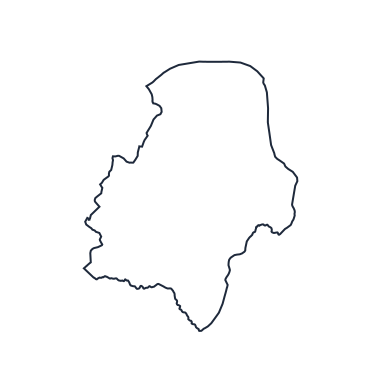 outline of Wusab As Safil, Dhamar, Yemen, rotated 226°
{"feature_id": "15242507B36986908452393", "entity_name": "Wusab As Safil", "entity_type": "district", "adm_level": 2, "iso_a3": "YEM", "parent_name": "Yemen", "parent_adm1": "Dhamar", "projection": "albers", "projection_center": [43.602, 14.25], "detail": "fine", "context": "isolated", "style": "outline", "palette": "slate", "viewbox_px": 384, "rotation_deg": 226, "n_neighbors": 0, "source": "geoboundaries", "source_scale": "gbopen_adm2", "svg_char_len": 5884}
<svg xmlns="http://www.w3.org/2000/svg" viewBox="0 0 384 384"><g transform="rotate(226 192 192)"><path d="M299.8,232.7L296.0,232.4L290.3,230.9L287.8,229.4L285.4,227.4L285.0,226.7L284.3,226.4L283.8,226.0L283.2,226.0L282.7,225.7L280.9,227.0L279.4,227.6L276.5,228.5L273.6,228.1L270.7,225.8L270.4,224.8L269.9,223.3L271.3,219.9L270.9,214.7L268.1,208.3L266.8,203.3L266.0,200.3L264.6,199.6L263.3,199.2L262.3,194.0L261.6,192.2L259.3,187.6L261.4,185.8L261.3,185.7L259.1,182.1L258.1,180.5L255.7,178.0L254.6,173.8L253.9,170.2L254.6,169.4L255.8,168.3L256.5,167.4L259.3,166.0L263.6,166.2L268.6,164.7L269.5,163.9L270.8,161.6L272.6,159.9L271.6,158.3L269.8,157.3L268.5,155.5L267.1,153.9L266.7,153.4L264.0,149.2L264.0,146.6L263.5,145.9L263.2,145.3L262.3,144.4L261.8,144.0L261.4,143.5L261.3,142.4L261.6,140.5L262.1,136.9L261.2,133.5L261.3,131.2L258.2,130.5L257.3,130.4L255.0,126.9L254.1,125.8L254.6,121.0L254.8,118.3L254.1,116.9L253.2,115.9L252.5,115.6L251.9,115.5L245.7,115.2L245.7,103.2L243.8,100.2L243.6,99.4L243.3,99.0L243.7,98.5L244.4,99.2L246.1,98.7L244.8,94.5L242.7,93.6L242.1,93.3L238.1,93.9L235.9,94.4L234.0,94.2L233.2,94.7L231.8,95.3L230.2,95.2L226.9,96.9L223.0,95.7L221.9,92.7L221.0,92.1L220.3,92.0L219.2,91.6L216.6,91.0L216.3,90.2L216.8,88.7L217.7,86.0L219.7,82.6L220.2,80.9L220.1,78.5L218.7,76.4L211.7,70.3L211.9,68.5L212.2,61.2L198.6,61.8L198.4,62.0L198.1,62.2L197.7,62.2L196.8,62.3L196.2,62.3L195.8,62.5L195.5,62.7L195.3,62.9L195.3,63.4L195.3,63.9L195.1,64.6L194.9,64.9L194.9,65.3L194.7,66.0L194.1,66.5L193.6,66.8L193.3,67.1L193.2,67.5L193.1,68.0L193.0,68.4L192.5,68.6L192.2,69.2L192.2,69.7L192.1,70.2L192.0,70.8L191.8,71.0L191.5,71.2L191.1,71.3L190.7,71.4L190.5,71.7L190.1,71.9L189.4,72.0L188.7,72.3L187.8,72.5L187.3,72.6L186.8,72.8L186.6,73.0L186.4,73.4L186.3,73.7L185.7,74.3L185.3,74.5L184.8,74.8L183.8,75.6L183.4,76.3L183.1,76.8L182.5,77.5L182.1,77.7L181.6,77.7L180.2,77.7L179.5,77.9L179.3,77.9L178.7,78.2L178.1,78.8L177.8,78.9L177.5,79.1L177.3,79.4L177.0,80.0L176.7,80.4L176.2,80.5L175.8,80.7L175.4,80.9L175.2,81.1L175.2,81.3L175.2,81.7L175.3,82.1L175.5,82.6L175.6,82.9L175.6,83.1L175.5,83.3L175.2,83.4L174.8,83.4L174.4,83.4L174.1,83.4L173.8,83.5L173.5,83.7L173.3,83.9L173.1,84.2L172.9,84.4L172.6,84.5L172.0,84.3L171.3,84.2L170.7,84.1L170.0,83.8L169.4,83.5L168.8,83.3L168.4,83.1L167.9,83.1L167.5,83.0L167.3,83.0L167.0,83.2L166.7,83.4L166.1,83.6L165.6,83.9L164.7,84.6L164.3,85.0L163.9,85.3L163.6,85.4L162.4,85.2L161.7,85.1L161.2,85.1L160.7,85.1L160.2,85.5L159.9,86.0L159.5,86.6L159.4,87.0L159.4,87.4L159.5,87.9L159.7,88.4L159.8,88.7L160.0,89.1L160.1,89.5L160.1,89.8L159.9,90.1L159.5,90.4L159.0,90.5L158.4,90.5L157.8,90.5L157.4,90.5L156.5,90.1L156.0,90.2L155.7,90.4L155.5,90.8L155.3,91.7L154.9,92.6L154.4,93.0L154.1,93.4L153.9,93.9L153.9,94.4L153.9,95.1L153.9,95.7L153.8,96.0L153.5,96.2L152.9,96.3L152.0,96.5L151.5,96.8L151.0,97.6L150.9,97.9L150.7,98.2L150.4,98.7L150.2,99.2L150.2,99.9L150.0,101.2L149.8,103.1L149.5,103.6L149.4,103.8L149.0,104.1L143.5,106.0L142.8,106.1L141.1,106.7L139.6,107.4L138.8,108.2L138.0,109.2L137.2,109.8L136.5,109.9L135.5,109.8L134.1,109.7L132.9,109.3L131.7,109.1L130.7,108.6L129.6,107.6L128.6,106.9L127.5,106.1L126.7,105.7L124.5,105.8L123.9,105.5L123.4,105.0L122.9,104.2L122.5,103.6L121.6,103.2L120.7,103.2L120.0,103.7L119.5,103.9L119.0,104.1L118.2,104.2L117.6,103.6L117.2,102.6L116.9,102.0L116.5,101.8L115.9,101.9L115.2,102.3L114.1,102.3L113.2,101.9L112.1,101.9L111.2,102.4L110.5,103.1L109.9,103.4L108.6,103.4L107.5,103.0L106.1,102.6L105.1,102.6L104.2,102.2L103.6,101.6L103.1,101.0L101.4,101.1L100.5,101.4L100.1,101.8L99.2,101.8L98.3,101.3L98.0,100.6L97.5,100.4L96.4,100.8L95.5,101.5L95.0,101.9L94.4,102.0L93.4,101.7L92.7,101.3L92.0,101.0L91.0,101.0L89.8,101.2L89.2,101.5L88.6,101.5L88.1,101.1L87.3,100.7L86.6,101.1L86.1,101.8L85.6,102.4L85.5,105.4L85.1,106.6L84.3,110.0L84.2,114.7L85.7,123.2L86.5,127.5L90.3,136.3L93.7,142.0L93.9,142.3L96.0,145.9L97.2,147.9L97.5,148.4L97.9,149.0L98.9,150.6L98.9,150.8L100.4,153.1L105.5,154.8L106.1,155.6L106.7,157.4L107.3,160.4L107.8,161.9L108.5,163.4L109.4,164.9L110.1,165.4L114.0,167.4L115.5,169.0L116.4,170.1L117.4,171.6L117.8,173.4L117.8,174.9L117.7,175.3L117.1,178.7L115.7,180.9L114.0,183.1L113.0,185.5L112.8,187.2L112.6,188.1L112.9,189.6L114.7,191.6L118.4,197.1L119.3,201.2L119.4,202.8L119.3,203.3L119.3,203.7L119.3,204.1L119.4,204.8L119.3,205.0L119.4,205.8L119.7,206.2L120.0,206.8L120.2,207.4L120.2,208.0L120.2,208.4L119.7,209.1L119.6,209.6L119.8,210.2L120.0,210.6L120.4,211.1L120.9,211.9L121.2,212.6L121.5,213.0L122.0,213.4L122.2,213.8L122.2,214.1L121.9,214.4L121.8,214.8L122.0,215.2L122.2,215.8L122.0,216.5L121.8,216.9L121.3,216.8L120.9,217.1L120.9,217.8L120.7,218.3L120.0,219.8L119.4,220.6L118.7,220.9L118.2,220.8L117.5,221.0L116.8,221.7L116.7,222.6L116.2,223.4L115.3,223.5L114.4,223.3L113.8,223.3L112.8,223.7L111.6,224.0L110.8,224.0L109.7,223.4L108.9,222.6L108.3,221.7L107.5,221.6L106.7,221.9L106.0,222.2L105.5,222.6L104.7,223.8L103.9,225.0L103.5,225.4L102.8,225.3L102.3,225.0L101.3,224.7L100.8,224.9L100.5,226.2L100.6,228.3L100.8,233.3L100.3,235.4L99.8,239.1L99.7,240.1L100.2,241.5L100.6,242.4L101.2,243.6L101.7,245.8L103.2,248.6L103.8,249.6L104.5,250.1L105.2,250.7L105.8,251.6L106.6,252.4L107.7,253.1L109.8,253.9L111.5,254.3L112.6,254.7L113.5,255.3L113.8,255.7L122.0,266.8L123.9,269.4L124.8,270.6L126.6,275.3L129.4,277.6L130.0,277.7L136.5,278.5L141.8,277.2L145.5,276.9L148.5,278.0L153.6,277.0L156.7,276.3L159.6,276.3L162.0,277.6L162.7,278.1L163.7,278.5L170.8,281.5L181.0,288.9L189.1,294.7L189.6,295.1L189.7,295.3L189.9,295.4L190.9,296.4L199.4,304.9L211.7,315.1L218.0,318.4L220.2,318.8L221.4,319.4L223.9,322.5L233.5,322.8L242.1,321.4L251.4,316.8L252.0,316.3L255.5,313.2L259.7,309.5L266.3,302.5L273.3,295.2L278.7,289.8L278.9,289.6L280.8,287.8L292.6,270.7L295.9,261.9L297.4,254.6L297.5,254.5L297.6,251.4L298.3,244.4L298.2,241.2L298.3,239.5L299.8,232.7Z" fill="none" stroke="#1e293b" stroke-width="2"/></g></svg>